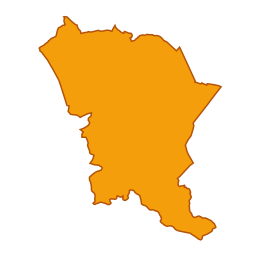 Sasca Montana, Caras-Severin, Romania, rotated 93°
{"feature_id": "2599482B70616136080188", "entity_name": "Sasca Montana", "entity_type": "district", "adm_level": 2, "iso_a3": "ROU", "parent_name": "Romania", "parent_adm1": "Caras-Severin", "projection": "mercator", "projection_center": [21.728, 44.889], "detail": "fine", "context": "isolated", "style": "filled", "palette": "amber", "viewbox_px": 256, "rotation_deg": 93, "n_neighbors": 0, "source": "geoboundaries", "source_scale": "gbopen_adm2", "svg_char_len": 5675}
<svg xmlns="http://www.w3.org/2000/svg" viewBox="0 0 256 256"><g transform="rotate(93 128 128)"><path d="M55.5,220.1L56.9,218.2L64.4,211.9L74.2,205.5L84.2,199.4L96.4,194.7L108.7,190.1L109.0,188.0L114.6,188.6L117.4,186.0L117.8,180.2L118.1,178.8L119.9,176.3L118.2,173.6L115.7,168.6L114.8,165.3L117.9,165.6L120.3,168.0L122.3,168.1L124.7,166.5L127.2,167.6L129.4,170.3L131.2,173.4L132.0,175.6L134.3,172.5L136.3,173.7L139.6,173.6L139.5,169.5L142.1,168.1L145.0,167.0L146.8,167.4L148.2,167.2L151.2,165.9L152.7,165.2L154.7,164.9L155.1,164.7L155.3,164.4L155.6,164.1L155.8,163.8L155.9,163.5L156.4,162.0L156.9,160.7L157.8,160.6L159.0,161.1L160.2,161.3L162.2,162.1L165.3,164.1L166.2,160.8L166.5,159.3L166.6,157.1L166.8,154.9L167.2,154.4L167.6,153.9L167.8,153.3L168.0,152.7L169.0,151.8L170.0,151.9L170.9,152.3L171.4,152.9L171.6,153.0L171.8,153.5L172.4,154.7L172.7,155.8L173.1,156.9L174.4,158.9L176.0,160.7L176.9,161.7L179.0,163.8L180.0,163.9L182.0,163.7L182.7,163.3L183.4,162.9L184.1,162.5L184.9,162.3L188.2,161.5L191.5,161.3L192.6,160.9L193.1,160.5L193.6,159.9L194.0,159.4L194.3,158.8L196.1,157.6L197.2,157.3L198.8,157.3L200.4,157.5L201.8,157.2L203.2,157.2L204.6,158.7L205.2,158.9L205.6,158.4L205.9,157.8L205.9,156.8L205.4,156.2L204.7,154.1L203.7,152.1L203.6,151.0L203.7,150.1L204.4,146.7L205.2,145.0L205.3,144.8L205.4,143.8L205.5,142.9L205.2,142.3L204.8,141.8L204.3,141.3L203.8,141.0L201.8,142.3L200.3,142.4L199.8,141.5L199.6,140.2L199.7,139.1L199.8,138.0L199.7,136.7L199.4,136.2L199.2,136.0L198.9,135.8L198.7,135.7L198.0,135.5L197.6,135.4L197.0,135.4L196.5,135.4L196.4,134.3L196.8,133.8L197.1,133.1L197.3,132.4L197.4,131.7L197.2,130.9L196.7,130.1L196.1,129.5L196.5,129.4L197.1,129.4L197.4,129.4L198.0,129.6L199.7,129.2L200.5,127.8L200.3,126.6L198.8,124.6L197.7,124.0L197.2,124.1L196.7,124.3L196.2,124.6L195.8,124.9L195.0,124.4L194.2,124.0L193.4,123.7L192.6,123.4L192.0,123.3L191.5,123.2L190.9,123.3L190.4,123.4L189.7,122.2L189.8,120.8L190.1,119.4L190.9,118.2L192.0,117.7L193.6,115.3L194.0,114.2L194.5,113.2L195.3,112.7L196.2,112.3L197.5,111.9L198.8,111.4L200.6,111.0L202.4,110.7L203.4,110.2L204.1,108.9L204.7,106.5L205.9,104.8L207.2,103.6L208.4,102.3L208.7,101.2L208.3,98.6L209.2,96.8L209.7,94.3L210.9,92.9L212.1,92.2L213.3,91.7L214.4,90.8L216.2,90.0L217.9,90.1L219.2,90.9L220.3,90.3L222.7,87.1L224.0,84.6L223.9,82.9L223.7,82.3L223.5,81.6L223.5,80.9L223.5,80.2L224.3,77.5L225.1,76.9L225.8,76.3L226.5,75.6L227.1,74.9L228.1,72.0L229.5,62.8L229.7,60.5L230.6,59.3L233.1,54.8L235.2,51.8L235.9,49.5L235.0,48.4L234.3,48.2L232.4,48.0L231.7,47.5L231.2,46.3L230.7,45.2L230.2,44.1L229.6,43.0L228.3,41.0L226.8,39.0L226.6,38.8L225.9,38.4L224.8,38.5L224.3,38.0L223.3,35.9L222.6,35.1L221.9,35.3L219.2,36.7L216.3,40.0L214.3,44.6L213.7,46.4L214.0,47.2L214.2,48.0L214.0,48.8L213.2,50.0L212.3,52.2L212.3,53.1L213.6,56.1L213.8,56.7L213.7,57.2L213.6,57.7L213.2,58.3L212.7,58.9L212.2,59.2L209.9,60.2L208.3,61.7L207.3,62.1L202.1,62.8L200.0,62.4L198.2,63.0L197.3,63.0L196.7,62.8L195.1,61.7L194.5,61.6L193.5,61.2L192.8,61.4L192.6,61.6L191.7,62.1L191.1,62.2L190.5,62.7L190.2,62.8L189.9,62.6L189.4,62.1L188.0,62.4L187.4,62.7L187.1,62.8L185.7,63.7L185.3,64.2L185.4,64.8L185.5,65.6L185.1,66.1L184.7,66.5L184.3,66.6L184.1,66.9L184.3,67.6L184.3,68.0L184.2,68.6L183.5,68.4L182.4,68.4L182.2,68.6L182.3,69.0L182.8,69.9L182.8,70.3L183.0,71.6L183.1,72.0L183.4,72.7L183.6,73.0L183.7,73.3L183.4,73.9L183.0,74.4L182.2,74.8L181.6,75.0L180.8,75.1L179.1,74.8L178.7,74.9L177.9,74.5L177.1,75.0L176.6,75.5L176.1,75.8L175.9,76.0L173.3,73.4L162.0,64.0L159.6,61.0L151.5,66.2L148.7,67.7L142.2,69.8L139.6,68.8L137.2,67.6L136.0,67.0L134.9,66.2L133.7,65.5L132.6,64.7L125.9,63.0L122.5,62.4L121.3,62.7L121.0,62.8L120.7,63.1L120.0,63.1L118.9,62.8L118.3,62.3L99.4,49.1L96.7,47.4L82.0,37.2L81.0,39.7L80.2,44.9L79.6,51.1L81.1,51.7L80.4,53.2L80.4,53.9L79.8,55.0L79.6,55.7L79.1,56.6L80.1,57.3L79.7,59.5L79.0,61.8L78.7,63.5L78.1,63.1L52.5,76.5L44.6,80.7L48.4,83.7L41.6,91.9L41.3,92.2L40.3,93.5L40.1,93.7L39.8,94.1L39.6,94.5L39.5,94.8L39.3,95.8L39.1,96.0L39.0,96.4L38.9,96.4L38.9,96.5L38.6,97.0L38.3,97.3L37.5,97.9L36.8,98.6L36.6,98.8L36.3,99.2L35.8,99.8L35.4,100.3L34.8,101.5L34.4,102.6L34.2,103.5L34.2,104.0L34.3,105.1L34.3,106.8L34.3,107.6L34.2,107.8L33.8,108.0L33.6,108.4L33.6,108.9L33.6,109.3L33.7,109.8L33.6,110.6L33.7,111.2L33.7,111.9L33.7,112.5L33.5,113.3L33.5,113.5L33.8,114.7L34.2,115.3L34.5,115.9L34.5,116.2L34.6,116.5L34.5,116.8L34.4,117.2L34.3,117.5L34.4,117.8L34.4,118.6L34.6,119.4L34.9,120.5L35.2,121.2L36.4,122.0L36.5,122.1L36.8,122.9L36.9,123.0L37.1,123.1L37.6,123.2L37.8,123.3L38.1,123.9L38.6,124.7L39.4,125.1L39.7,125.5L40.4,126.5L40.6,127.2L41.0,128.3L41.2,128.9L40.7,129.3L40.4,129.4L40.4,129.5L38.8,130.2L38.3,130.6L38.2,130.7L37.9,130.6L37.8,129.7L37.7,129.5L37.3,129.3L36.8,129.1L36.5,128.9L36.1,128.7L35.7,128.6L35.3,128.7L34.6,128.9L33.9,129.3L33.4,129.8L33.3,130.1L33.2,130.4L33.2,130.8L33.4,132.3L33.3,132.5L33.1,132.6L32.9,133.0L32.2,135.1L32.0,135.9L31.8,136.7L33.6,137.1L33.5,137.8L33.2,138.8L32.7,139.8L32.0,140.8L31.1,142.0L30.8,142.7L30.0,143.8L28.0,145.6L27.2,146.1L26.9,146.2L26.3,146.4L30.6,148.6L32.3,149.1L31.5,151.6L31.5,154.7L32.6,158.5L32.7,161.1L32.0,162.7L33.8,168.6L34.2,171.0L33.8,172.4L34.6,174.1L35.1,176.9L35.4,177.7L35.6,178.4L35.8,179.2L36.0,180.0L33.7,180.5L32.1,182.3L30.3,183.6L27.9,184.2L27.6,185.7L27.2,186.2L25.2,189.0L23.0,191.7L22.4,192.3L20.4,194.5L20.1,197.0L20.4,198.0L21.8,197.1L23.6,197.6L25.5,197.3L28.1,196.2L28.7,196.9L28.8,198.4L29.6,199.4L30.4,200.5L31.1,201.6L31.7,202.7L33.7,203.5L40.1,204.7L41.5,207.0L42.7,209.4L44.1,210.7L45.3,212.1L46.4,212.5L47.5,214.1L49.9,216.6L51.8,219.8L52.9,220.9L54.1,220.1L55.5,220.1Z" fill="#f59e0b" stroke="#b45309" stroke-width="1.5"/></g></svg>